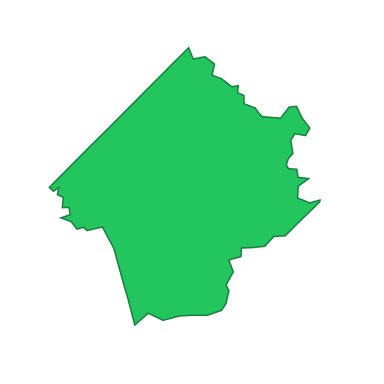 the district of Fayette, Pennsylvania, United States of America, rotated 135°
{"feature_id": "52423323B77989580775491", "entity_name": "Fayette", "entity_type": "district", "adm_level": 2, "iso_a3": "USA", "parent_name": "United States of America", "parent_adm1": "Pennsylvania", "projection": "equal_earth", "projection_center": [-79.699, 39.932], "detail": "fine", "context": "isolated", "style": "filled", "palette": "green", "viewbox_px": 384, "rotation_deg": 135, "n_neighbors": 0, "source": "geoboundaries", "source_scale": "gbopen_adm2", "svg_char_len": 1108}
<svg xmlns="http://www.w3.org/2000/svg" viewBox="0 0 384 384"><g transform="rotate(135 192 192)"><path d="M107.2,95.8L116.5,101.1L121.6,113.1L112.8,121.0L100.0,119.0L106.6,127.3L101.8,134.0L107.3,140.2L106.2,144.4L100.4,147.5L93.3,148.0L85.7,158.6L78.1,160.7L71.8,151.6L63.5,153.9L61.8,166.6L57.5,178.7L63.4,183.4L77.1,181.5L89.0,195.5L89.0,200.5L87.9,206.7L92.8,217.5L87.0,223.6L89.4,229.4L89.3,230.0L88.4,230.9L87.4,231.8L84.1,234.4L89.4,238.3L91.0,251.2L95.3,260.5L85.6,266.5L87.2,278.5L97.1,285.2L92.4,296.4L116.2,296.5L133.1,296.4L149.8,296.4L207.5,296.2L208.4,296.2L230.9,296.4L257.9,296.3L289.6,296.1L289.5,290.5L283.0,289.4L289.0,285.3L286.8,279.2L294.8,272.6L289.9,268.1L294.2,262.1L303.0,266.4L298.4,256.5L299.6,247.1L293.7,243.9L293.5,239.0L280.1,230.6L287.1,207.5L306.4,173.5L312.7,161.9L326.5,138.4L308.6,137.2L303.2,121.7L288.9,113.5L278.6,104.4L268.6,94.1L255.0,87.5L247.0,89.0L235.6,96.2L233.8,102.1L219.3,106.3L214.0,117.9L203.1,111.7L196.7,117.5L189.1,110.4L179.0,102.2L165.4,102.7L157.1,95.1L143.6,95.2L108.6,94.7L107.2,95.8Z" fill="#22c55e" stroke="#15803d" stroke-width="1.5"/></g></svg>